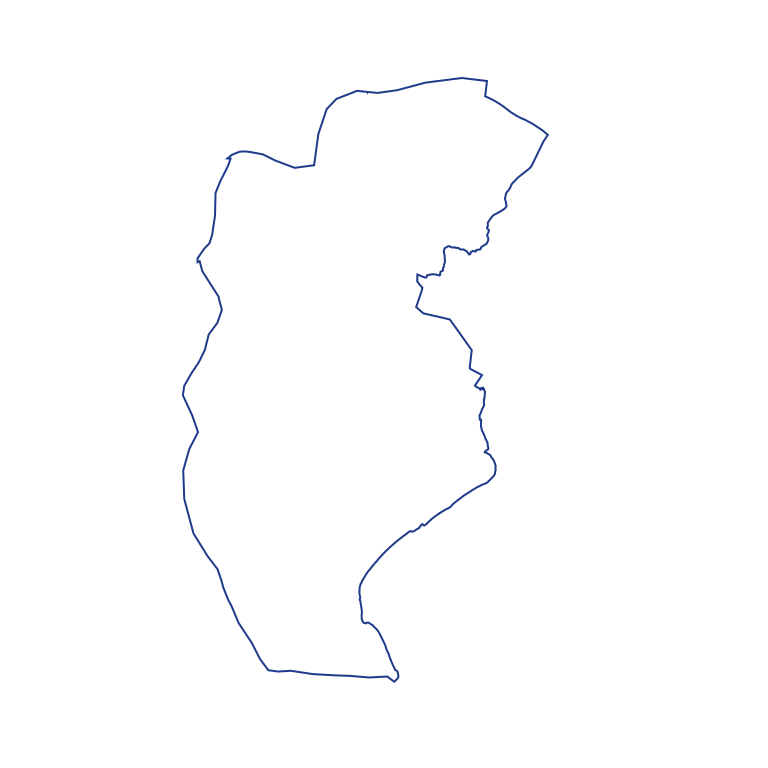 the district of Penajam Paser Utara, Kalimantan Timur, Indonesia, rotated 345°
{"feature_id": "22746128B96540112180119", "entity_name": "Penajam Paser Utara", "entity_type": "district", "adm_level": 2, "iso_a3": "IDN", "parent_name": "Indonesia", "parent_adm1": "Kalimantan Timur", "projection": "mercator", "projection_center": [116.659, -1.202], "detail": "fine", "context": "isolated", "style": "outline", "palette": "blue", "viewbox_px": 768, "rotation_deg": 345, "n_neighbors": 0, "source": "geoboundaries", "source_scale": "gbopen_adm2", "svg_char_len": 6088}
<svg xmlns="http://www.w3.org/2000/svg" viewBox="0 0 768 768"><g transform="rotate(345 384 384)"><path d="M521.9,272.2L522.4,270.3L522.5,269.5L522.4,269.3L522.2,268.8L522.2,267.0L522.5,266.1L523.1,265.6L523.7,265.2L524.4,264.1L525.2,262.5L524.4,261.4L523.8,260.1L524.0,259.5L525.1,258.6L526.0,255.1L531.1,250.7L533.3,249.3L540.5,247.6L545.5,246.0L547.0,245.2L548.4,243.9L548.7,241.0L548.7,240.2L548.8,239.8L548.8,236.8L548.9,235.8L549.9,234.2L550.9,232.1L552.1,230.7L552.7,230.1L554.1,229.4L555.7,228.0L557.2,226.4L558.2,225.1L559.3,223.8L567.1,219.1L578.6,214.2L581.9,212.5L584.1,210.3L600.7,191.1L603.9,188.3L606.7,185.7L602.9,180.3L601.9,179.0L598.0,174.7L596.2,172.6L594.0,170.3L588.5,165.2L585.2,162.7L581.3,159.1L576.7,154.1L571.2,146.9L569.0,144.3L566.3,141.4L564.3,139.3L563.1,138.2L561.7,136.9L558.7,134.3L556.2,132.3L561.9,118.0L538.1,108.5L501.7,103.6L472.6,103.6L453.2,101.2L443.9,97.7L443.8,97.8L443.8,97.7L433.8,93.8L431.0,94.2L411.9,96.3L399.8,103.6L385.3,125.5L373.1,154.6L353.7,152.1L336.8,140.0L326.5,130.9L315.3,125.5L310.6,123.6L308.4,123.0L304.9,122.3L302.5,122.5L296.8,123.2L295.5,123.6L293.9,124.4L291.1,125.6L294.1,126.6L289.8,133.0L278.4,145.7L270.7,155.9L264.4,177.5L256.7,195.3L251.7,203.0L245.3,206.8L236.4,214.4L235.4,218.1L237.7,217.7L237.7,228.0L246.9,257.1L246.6,258.3L246.6,261.8L246.6,270.4L238.9,281.8L227.5,290.8L219.8,304.7L210.9,314.9L200.8,323.8L190.6,334.0L186.8,342.9L190.6,364.6L191.9,382.4L179.1,396.4L167.7,415.5L161.3,443.4L161.3,479.1L169.0,504.5L175.3,519.8L176.1,532.5L176.1,538.9L177.7,552.7L179.2,558.7L181.7,577.1L189.3,600.0L193.1,617.8L198.2,630.5L207.1,634.3L219.8,636.9L240.2,645.8L259.3,652.1L275.8,657.2L293.6,663.6L311.4,667.4L316.8,674.2L318.8,673.2L320.8,672.0L321.3,671.5L322.0,670.7L322.4,669.3L322.5,668.3L322.6,665.5L322.0,664.1L321.3,663.4L320.8,663.1L320.6,662.5L320.5,660.5L320.4,660.2L319.8,657.9L319.8,657.5L319.6,656.4L319.6,655.7L319.4,654.8L319.2,654.0L319.2,652.4L318.8,650.3L318.7,648.6L318.7,647.1L318.4,644.5L317.9,642.3L317.8,641.5L317.5,636.0L315.1,623.7L314.0,620.3L313.3,618.8L311.4,615.7L310.5,613.9L309.7,613.2L307.7,610.9L307.1,610.5L306.3,610.2L305.5,610.1L304.8,610.2L304.6,610.5L303.1,609.8L302.5,609.3L302.1,608.2L301.8,606.7L301.7,605.4L301.9,604.5L302.1,603.3L302.9,600.4L303.5,599.1L303.9,597.2L304.5,591.9L304.5,591.3L304.9,588.0L304.9,586.8L304.6,586.1L304.6,585.9L304.8,585.7L305.3,585.2L305.6,584.7L305.9,582.7L305.9,581.6L306.1,579.7L306.5,578.1L307.2,576.6L307.5,575.1L308.3,573.2L309.5,571.6L309.6,571.1L309.9,570.9L310.6,570.2L312.2,568.2L312.4,568.1L312.7,567.7L312.9,567.7L313.6,566.9L318.1,562.6L318.9,562.0L319.7,561.2L323.5,558.6L325.0,557.3L325.6,556.9L326.2,556.7L327.5,555.7L329.2,554.4L330.2,553.7L330.4,553.8L331.5,553.1L332.0,552.6L333.5,551.5L334.1,551.1L337.2,549.2L337.8,548.7L342.1,546.2L342.7,545.7L345.2,544.5L347.3,543.2L348.1,542.9L349.1,542.4L353.9,540.0L357.5,538.4L358.4,537.9L360.8,537.1L361.7,536.6L363.2,535.9L364.3,535.6L364.6,535.4L365.9,535.0L366.4,534.7L367.2,534.5L367.7,534.1L370.1,533.1L370.8,533.2L371.2,533.1L371.8,533.1L371.9,533.5L372.2,533.6L373.3,533.9L374.6,533.9L375.4,533.8L378.4,532.7L380.1,532.4L380.6,532.2L380.7,531.8L380.8,531.7L381.6,531.3L382.4,530.8L383.2,530.2L383.7,529.5L384.2,529.3L384.8,529.3L385.0,529.4L385.2,529.9L385.9,531.0L386.2,531.1L386.6,531.1L387.7,530.6L388.5,530.4L389.4,529.9L389.7,529.6L395.3,526.6L398.5,525.3L403.4,523.5L403.6,523.5L403.7,523.2L403.8,523.1L404.5,523.2L406.1,522.6L409.1,521.7L412.4,520.9L415.6,520.3L416.3,520.0L419.6,517.8L422.2,516.6L425.0,515.4L428.2,514.2L431.3,512.8L432.9,512.2L437.1,511.0L441.4,509.5L446.5,508.0L452.2,506.8L456.7,506.3L458.6,505.8L460.4,504.6L461.5,504.1L462.3,503.6L464.0,502.6L466.4,501.0L467.9,499.5L469.1,496.8L469.6,496.0L469.8,494.4L469.9,493.9L470.3,493.3L470.6,492.0L470.5,488.3L470.3,486.8L469.6,484.2L469.4,483.7L469.0,483.3L468.1,480.0L466.1,478.1L465.8,477.6L465.4,477.1L464.4,476.5L463.8,476.4L463.6,475.9L464.1,475.4L464.9,475.0L466.0,474.5L467.6,474.0L467.9,473.6L468.1,473.2L468.3,472.7L468.3,472.1L468.1,471.6L468.3,470.6L468.5,469.1L468.7,468.2L468.7,466.6L468.3,465.2L468.2,463.9L467.8,463.2L467.7,462.7L467.8,461.3L467.6,459.5L467.3,458.4L467.2,457.0L467.0,455.7L466.7,455.0L466.5,453.7L466.6,452.9L466.8,452.4L466.8,451.9L466.6,450.9L466.8,450.7L466.9,450.1L466.8,449.6L466.9,449.0L467.3,448.0L467.7,446.1L468.3,444.9L468.5,443.7L468.2,443.6L468.0,443.8L467.8,443.8L467.5,443.6L467.4,443.0L467.8,441.4L467.9,440.1L468.3,438.7L468.6,438.4L469.1,438.2L469.3,437.9L471.2,435.3L472.3,433.5L473.2,432.8L475.0,430.7L475.4,430.0L475.5,429.4L475.5,428.5L475.7,427.3L476.3,426.0L476.4,425.3L476.6,424.8L476.8,424.7L476.7,424.3L476.8,424.1L477.3,423.7L478.0,422.1L479.1,418.8L479.3,418.5L479.6,417.6L479.5,417.0L479.1,416.1L479.0,415.5L479.2,415.0L479.3,414.6L478.8,414.2L478.8,413.3L478.4,412.8L478.3,412.3L478.3,412.9L478.6,413.2L478.6,413.5L478.6,414.0L478.3,414.0L477.7,414.3L477.2,414.2L476.8,414.0L476.8,413.6L476.7,413.4L475.7,414.5L475.5,414.3L475.9,413.9L475.7,413.7L476.0,413.6L475.9,413.3L475.3,413.3L475.2,413.2L472.1,410.3L472.1,410.1L472.1,409.9L471.4,409.1L481.0,400.8L471.1,391.6L471.0,390.5L477.5,374.0L466.4,344.2L464.3,338.7L455.9,334.2L440.4,326.0L435.0,318.0L443.7,305.0L444.2,304.2L446.0,301.0L445.1,299.0L443.9,296.9L443.4,295.1L442.6,293.5L444.6,286.9L449.6,290.7L451.7,292.1L452.0,292.0L452.4,291.9L452.9,291.5L453.0,291.5L453.5,290.2L459.0,290.4L460.3,290.9L460.8,291.0L463.4,292.2L464.4,292.8L464.9,293.2L465.6,293.6L466.1,293.5L466.5,292.7L466.7,292.1L467.7,290.2L470.3,289.7L470.6,288.6L470.7,287.7L471.3,287.1L472.1,286.3L472.7,284.4L473.2,283.9L473.3,283.6L473.9,282.9L474.3,282.3L474.6,281.5L475.8,275.3L475.9,273.9L475.9,271.9L477.3,269.2L477.5,268.9L478.1,268.4L479.5,268.2L481.7,267.5L482.5,267.7L482.7,268.0L483.3,268.3L484.9,269.6L485.7,270.0L486.8,270.2L487.4,270.0L488.5,271.0L491.2,271.9L492.0,273.3L493.0,273.9L495.6,274.6L498.3,277.3L499.7,280.9L500.8,280.9L501.9,279.2L504.4,278.4L505.9,279.5L506.8,279.8L507.9,278.4L511.7,279.0L513.6,276.8L519.4,275.1L521.9,272.2Z" fill="none" stroke="#1e3a8a" stroke-width="2"/></g></svg>